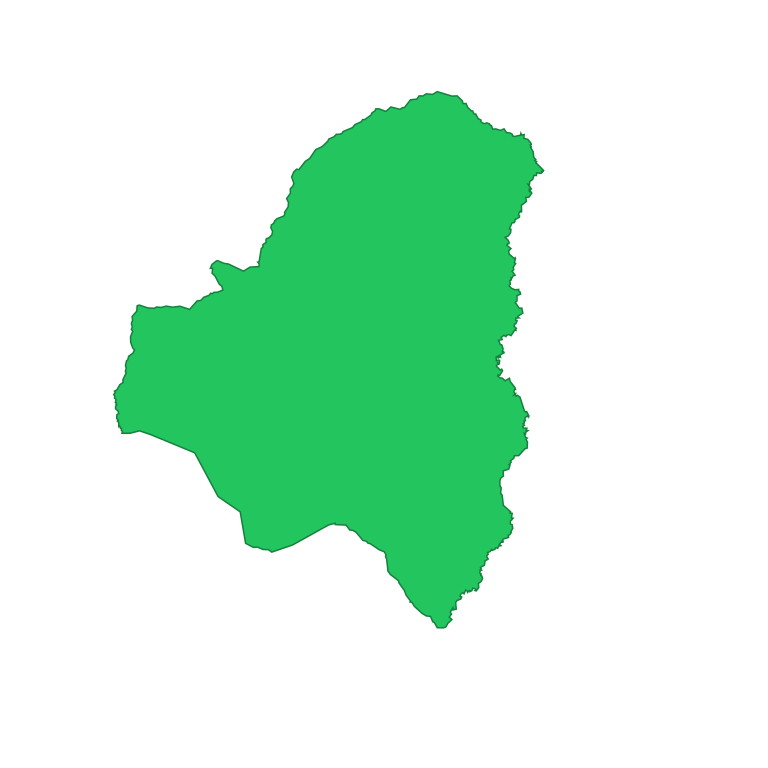 Mungwi, Muchinga, Zambia (Mercator projection), rotated 329°
{"feature_id": "96606910B23171864038647", "entity_name": "Mungwi", "entity_type": "district", "adm_level": 2, "iso_a3": "ZMB", "parent_name": "Zambia", "parent_adm1": "Muchinga", "projection": "mercator", "projection_center": [31.716, -9.991], "detail": "fine", "context": "isolated", "style": "filled", "palette": "green", "viewbox_px": 768, "rotation_deg": 329, "n_neighbors": 0, "source": "geoboundaries", "source_scale": "gbopen_adm2", "svg_char_len": 6171}
<svg xmlns="http://www.w3.org/2000/svg" viewBox="0 0 768 768"><g transform="rotate(329 384 384)"><path d="M630.8,283.2L628.1,272.4L629.3,272.0L628.4,270.2L629.7,269.9L629.1,267.0L631.5,261.7L631.5,256.7L632.3,256.8L632.4,254.4L633.5,254.6L634.0,253.4L633.3,248.4L630.4,245.4L632.6,242.4L630.2,241.4L630.4,239.7L629.2,241.0L623.7,239.2L621.9,237.6L622.6,236.1L621.6,234.0L618.5,231.6L618.3,227.1L614.4,226.6L611.3,223.0L608.4,221.5L609.2,217.8L608.2,217.0L608.5,215.4L606.5,213.0L604.5,212.7L602.8,211.0L602.3,208.9L603.1,207.6L601.4,205.1L601.7,199.8L600.3,199.0L600.6,195.6L599.6,195.0L598.2,190.0L598.8,185.9L596.2,184.3L597.0,181.5L595.1,174.7L590.5,172.2L580.2,160.8L574.8,160.8L569.6,157.0L565.8,157.2L562.5,155.1L558.8,156.7L553.1,154.0L543.9,157.6L542.3,156.6L539.2,156.8L532.6,150.1L526.0,151.3L521.4,145.5L518.6,143.9L517.2,145.2L513.3,145.4L511.5,146.8L503.5,147.4L501.9,146.3L499.7,147.5L492.6,146.7L489.1,148.0L479.0,146.5L477.3,147.5L474.6,147.1L471.8,145.4L468.4,146.3L462.8,145.6L460.9,146.9L453.1,148.7L446.2,147.9L436.4,152.4L431.2,152.6L421.5,156.4L419.7,154.8L416.0,155.7L411.5,158.9L410.1,165.5L407.7,167.5L404.2,168.4L401.9,172.4L396.0,174.9L395.6,179.3L392.9,182.9L387.1,185.7L386.7,187.1L384.8,188.4L377.4,187.2L374.4,187.8L372.2,189.5L369.4,189.6L367.5,191.8L367.1,195.8L364.7,198.4L360.6,199.4L358.3,198.9L357.0,199.6L356.0,202.0L352.1,202.0L350.5,204.4L348.6,204.6L339.9,214.9L338.5,214.5L338.9,216.9L337.2,218.9L329.4,214.8L321.7,214.9L312.5,201.1L308.8,198.0L304.9,192.5L303.5,192.2L298.1,192.9L294.7,195.5L296.7,196.7L293.7,200.4L294.8,204.5L294.2,213.4L295.3,216.9L294.2,220.5L288.4,219.5L285.5,217.8L283.5,218.2L282.2,216.9L279.7,217.9L274.2,216.8L270.1,218.0L266.6,216.5L255.8,219.9L249.1,212.2L242.4,209.3L237.5,205.1L232.4,203.6L228.7,200.8L226.1,200.8L220.7,197.1L214.9,190.3L212.7,189.8L209.6,194.2L202.8,196.4L201.3,199.9L198.6,202.0L197.7,205.4L195.6,207.0L195.8,209.3L191.1,212.9L188.3,217.8L187.2,223.9L187.7,226.2L184.7,228.3L179.4,228.7L176.9,231.2L175.1,231.6L171.8,235.2L171.2,237.7L168.7,240.1L168.9,241.5L162.1,246.1L161.4,248.3L157.3,248.5L151.8,251.5L149.3,251.3L149.5,252.6L146.8,253.9L147.1,255.5L145.7,257.5L146.4,259.1L144.2,261.5L144.9,262.3L143.8,263.4L144.1,264.4L142.6,264.7L141.2,266.8L142.1,270.4L141.3,272.7L139.3,272.7L137.1,275.8L137.7,278.1L136.3,278.4L136.8,280.4L134.7,283.9L135.8,283.9L135.3,286.1L136.2,286.7L135.1,288.1L135.2,290.3L134.0,291.3L141.1,295.5L150.3,298.2L158.0,307.3L186.3,345.5L183.8,395.1L194.9,419.5L183.3,449.3L187.9,456.8L191.5,458.6L195.0,463.5L199.6,466.5L201.2,470.3L222.7,474.9L263.8,476.3L270.4,478.2L269.8,479.4L278.9,485.5L279.4,491.5L281.7,493.2L283.8,496.9L285.3,507.1L287.8,509.6L288.4,512.5L289.8,513.5L294.7,523.9L297.8,527.9L297.7,531.5L296.4,532.7L296.1,535.4L291.0,546.5L291.4,550.8L295.1,560.0L294.4,562.3L295.1,571.5L294.2,576.5L294.9,583.9L294.1,584.3L295.5,585.6L295.5,590.2L298.4,600.0L300.7,604.5L304.2,607.2L303.3,613.0L304.4,614.3L304.1,620.4L309.5,623.7L312.0,624.1L315.6,622.0L320.9,620.9L319.8,617.5L323.4,616.0L323.3,613.7L327.7,611.3L326.9,613.3L330.0,614.2L332.9,608.2L335.1,607.2L338.9,607.9L340.9,606.6L339.8,605.1L341.6,603.7L344.0,603.3L344.5,605.1L347.8,602.7L348.6,603.7L348.3,605.7L350.1,605.0L351.1,605.4L350.7,606.2L352.8,606.4L355.1,604.8L356.6,606.4L356.8,607.8L355.6,607.9L356.6,608.9L360.4,607.3L362.2,603.6L365.4,603.4L368.1,601.7L369.0,599.2L368.3,597.9L370.0,596.5L369.0,596.8L368.8,595.4L370.0,593.7L371.6,593.8L370.9,592.8L372.1,592.5L372.3,590.9L376.7,591.1L379.4,587.8L383.2,587.7L383.1,585.1L384.2,583.8L385.6,583.7L385.9,581.8L388.7,582.3L391.0,581.3L391.1,582.4L393.9,582.8L395.5,581.9L396.8,583.3L398.9,582.0L401.0,582.8L400.3,580.8L402.9,579.9L404.4,580.9L405.2,580.1L404.5,579.4L406.2,578.3L411.8,579.7L412.5,577.7L414.1,578.0L416.7,576.8L416.8,575.8L420.0,574.1L421.4,570.7L420.2,568.9L421.6,566.8L425.6,565.5L424.3,564.3L427.3,560.9L425.6,559.5L426.7,558.7L423.8,549.5L428.1,540.0L427.7,537.7L431.0,533.4L431.0,530.9L433.5,526.6L435.9,524.7L439.0,524.4L441.3,519.9L447.1,521.2L450.4,518.3L449.7,517.5L452.8,516.5L452.8,515.0L457.0,514.5L458.9,512.7L462.6,514.8L471.5,512.1L473.7,512.7L477.1,507.6L477.2,504.6L478.9,504.1L477.8,503.0L478.8,498.5L479.6,499.7L481.0,498.2L483.4,498.1L482.0,496.8L483.7,495.5L480.9,493.8L480.9,491.9L483.1,491.7L482.7,489.8L484.0,489.8L485.3,487.8L486.3,488.3L486.9,486.2L489.0,485.0L490.1,485.8L491.1,485.1L491.0,486.7L491.7,486.1L492.1,481.1L490.7,480.9L490.6,479.1L493.8,465.2L492.5,462.4L491.1,462.5L491.2,460.8L489.9,460.5L491.8,459.9L491.1,459.6L491.4,457.3L493.2,455.9L493.9,456.4L494.4,454.8L493.5,446.7L494.5,443.7L489.5,443.6L488.4,439.9L486.6,438.5L485.5,435.6L486.7,434.9L487.7,436.2L492.4,433.8L492.5,431.9L490.8,431.9L489.6,426.8L490.0,425.9L491.9,426.0L492.3,424.5L493.2,426.0L495.1,423.7L494.8,422.5L492.4,421.9L494.0,418.6L495.5,418.7L495.2,420.5L496.2,420.6L496.8,419.3L497.7,420.9L498.4,418.9L503.0,419.1L503.2,417.9L502.0,417.3L504.2,415.2L505.1,411.1L504.0,410.1L504.7,405.5L508.2,406.8L508.4,404.5L511.7,404.0L512.9,406.2L513.9,405.3L516.4,405.9L517.9,408.0L523.7,405.1L524.7,406.0L524.9,404.8L526.1,404.5L525.2,401.6L526.9,399.9L527.9,400.3L530.1,398.9L530.7,398.1L529.8,397.2L530.9,395.4L533.7,396.8L533.0,395.5L533.7,394.9L539.6,394.7L541.2,389.9L539.0,388.8L538.5,381.6L540.8,381.3L543.5,376.8L547.4,377.3L548.0,375.4L547.4,373.4L548.2,372.3L544.8,370.7L542.5,367.4L541.9,364.3L543.7,363.4L545.2,360.1L546.8,360.3L547.6,358.3L548.4,359.0L550.5,357.8L552.4,358.2L551.9,353.3L554.1,352.9L554.8,350.6L558.9,348.5L558.3,347.1L561.3,344.2L561.4,343.4L560.4,343.9L558.2,337.1L559.4,334.1L562.6,333.3L560.8,328.5L561.8,327.5L563.4,328.1L564.1,327.4L564.5,324.7L563.4,320.7L567.0,321.1L570.4,319.5L572.5,316.8L571.4,315.6L577.0,311.7L578.4,312.7L580.0,312.1L580.8,310.6L585.8,310.8L586.8,309.8L586.4,308.3L588.6,306.3L590.1,306.1L590.0,307.2L590.9,306.9L593.8,301.6L600.1,300.9L601.5,297.2L604.6,298.5L609.0,296.5L609.0,295.1L607.7,294.0L608.9,291.8L609.4,293.2L610.8,292.6L610.3,286.9L611.4,287.9L613.2,285.6L617.0,285.1L620.0,282.4L622.0,283.8L623.6,281.7L627.1,284.3L628.5,284.1L628.7,283.0L629.8,283.7L630.8,283.2Z" fill="#22c55e" stroke="#15803d" stroke-width="1.5"/></g></svg>